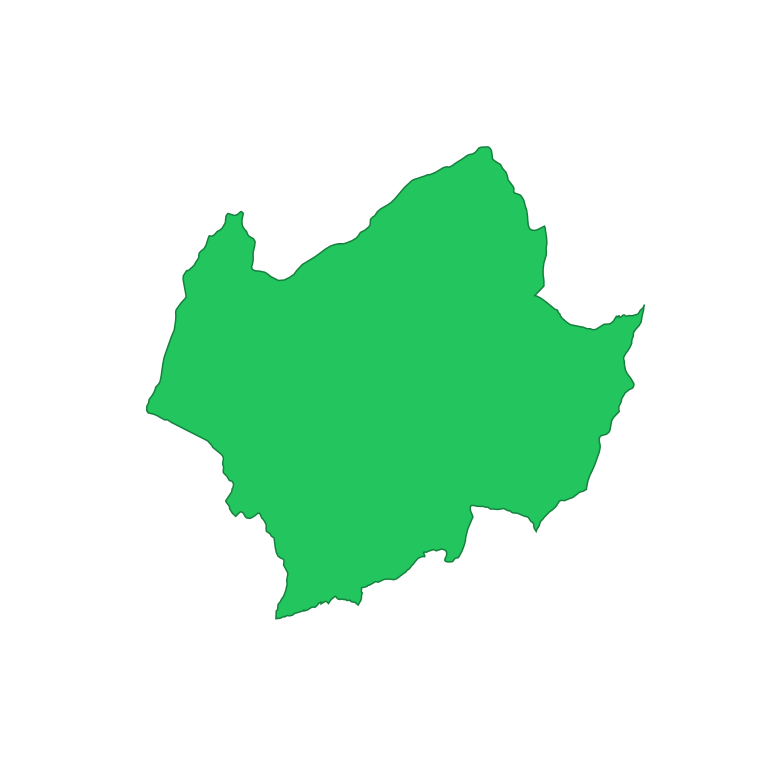 El Cocuy, Boyacá, Colombia, rotated 212°
{"feature_id": "7082276B29849615421719", "entity_name": "El Cocuy", "entity_type": "district", "adm_level": 2, "iso_a3": "COL", "parent_name": "Colombia", "parent_adm1": "Boyacá", "projection": "equal_earth", "projection_center": [-72.432, 6.355], "detail": "fine", "context": "isolated", "style": "filled", "palette": "green", "viewbox_px": 768, "rotation_deg": 212, "n_neighbors": 0, "source": "geoboundaries", "source_scale": "gbopen_adm2", "svg_char_len": 6171}
<svg xmlns="http://www.w3.org/2000/svg" viewBox="0 0 768 768"><g transform="rotate(212 384 384)"><path d="M428.5,634.6L429.3,628.9L430.6,626.2L433.4,623.6L434.7,621.5L437.2,615.5L440.0,609.9L442.1,604.8L443.1,603.2L444.2,602.1L445.8,601.5L448.2,599.1L452.7,590.4L455.8,586.1L458.1,584.3L459.3,582.5L466.8,573.4L468.0,571.6L470.7,562.0L472.9,546.9L474.2,541.5L475.9,537.6L479.5,531.0L480.9,526.7L481.0,521.8L482.0,519.8L482.7,516.5L480.0,511.3L480.1,509.5L481.6,504.5L484.3,500.0L484.3,496.0L484.9,492.9L487.1,488.5L490.8,483.5L492.7,481.4L496.8,478.9L499.4,476.4L502.3,472.9L503.5,470.6L504.9,467.9L509.8,455.5L516.6,442.0L518.1,434.1L518.5,429.1L520.7,424.1L523.8,419.2L528.5,415.8L537.2,415.1L540.6,415.6L544.3,415.6L550.0,413.5L552.2,412.2L554.1,411.6L556.1,411.4L558.5,413.1L558.8,414.9L559.8,417.8L560.6,419.7L564.6,426.0L567.0,432.9L568.8,436.5L571.7,438.0L576.8,437.8L578.4,438.3L581.6,440.6L584.7,441.4L587.6,443.0L588.8,444.1L590.9,447.0L591.9,449.1L593.5,453.7L594.6,454.5L596.4,454.6L596.9,454.0L598.1,450.1L599.4,448.3L600.3,447.6L605.9,446.2L606.7,445.9L606.9,445.4L607.0,443.2L606.8,442.2L604.0,436.6L603.8,430.5L604.8,427.2L605.7,426.1L606.4,424.3L606.7,421.9L607.6,419.1L608.5,418.0L610.7,417.1L610.5,415.2L608.5,407.3L608.4,405.5L608.4,403.3L609.7,399.6L610.1,397.2L609.8,396.2L608.1,392.8L608.1,386.0L607.9,384.0L609.9,377.0L610.2,376.4L611.5,375.6L611.5,369.4L609.6,366.0L599.1,354.5L597.9,352.8L598.0,351.0L599.1,345.0L599.6,336.8L598.7,334.4L596.9,332.0L594.4,327.5L590.7,319.1L590.3,317.5L589.2,310.6L585.1,292.3L584.1,288.8L582.2,283.9L577.2,272.7L575.2,267.3L575.1,264.7L575.9,260.4L575.0,257.3L574.7,254.8L574.5,251.7L575.0,246.4L573.6,243.2L573.4,239.9L573.0,238.7L571.0,235.6L570.3,235.5L569.1,234.6L568.5,234.6L563.4,236.3L560.2,236.9L551.3,237.3L550.0,237.9L549.1,238.9L543.3,238.8L504.1,242.3L503.0,242.2L497.8,240.7L495.5,239.5L485.0,238.2L482.0,237.1L481.5,236.7L480.6,235.5L478.5,230.7L476.0,228.6L474.2,224.9L473.1,223.6L468.0,222.4L464.2,220.3L463.0,220.4L461.9,221.1L458.8,219.8L457.2,216.5L457.3,215.0L456.0,211.6L456.3,201.0L454.6,199.9L451.1,198.7L450.0,197.9L448.9,196.4L444.0,194.0L439.6,193.2L439.1,195.9L438.1,199.5L436.4,200.1L435.1,200.0L430.8,197.8L429.5,197.7L426.9,198.7L426.3,199.2L424.9,201.3L423.4,204.5L422.7,207.2L421.9,208.1L420.5,208.2L416.3,205.4L415.0,205.3L412.5,204.2L409.6,202.4L408.9,201.7L407.5,199.1L405.7,196.8L401.0,196.5L399.1,195.3L396.0,195.2L395.2,194.6L388.9,187.0L386.1,184.1L382.6,181.8L379.6,181.6L376.9,182.1L375.7,181.7L374.6,180.2L373.3,177.3L365.8,173.0L364.5,171.1L362.6,166.2L360.1,162.9L358.0,157.2L357.1,153.2L356.7,150.2L356.9,147.6L356.6,144.2L357.1,141.1L354.6,136.1L355.2,134.6L351.3,127.7L348.4,129.9L346.9,131.8L345.9,133.7L344.8,133.8L344.2,135.1L343.2,136.5L341.3,137.2L338.9,139.8L338.6,141.2L338.1,142.1L333.2,147.7L332.2,149.8L331.6,149.1L329.2,151.8L326.8,156.7L324.1,158.2L323.4,160.6L323.1,163.6L321.9,165.7L320.9,164.1L318.5,168.8L316.3,168.9L314.8,168.4L314.6,173.1L313.0,178.0L311.7,178.0L309.7,177.3L308.7,177.3L306.6,178.3L306.1,179.2L303.5,180.0L302.3,181.0L301.3,180.7L300.6,180.9L297.9,182.7L297.3,182.2L296.0,182.1L292.8,183.5L288.8,182.8L289.0,188.6L290.0,191.1L291.1,192.8L291.6,195.3L292.7,195.6L293.4,196.2L295.0,199.5L292.3,201.9L291.1,203.4L291.1,204.5L289.7,205.8L286.5,211.9L283.7,213.0L281.1,217.4L279.5,219.1L276.3,221.3L271.9,223.3L270.1,225.4L267.1,233.4L265.9,236.1L265.6,238.4L264.6,240.6L264.2,244.7L263.7,246.8L263.4,250.4L262.7,254.2L260.8,257.2L259.7,258.2L258.0,259.1L258.3,259.8L261.1,262.0L261.1,262.6L258.7,264.0L257.3,266.2L254.2,269.9L251.3,270.2L247.7,274.6L245.3,275.3L243.8,275.4L242.2,274.8L241.0,273.6L240.0,271.2L239.6,267.8L238.8,266.5L237.5,266.3L235.5,266.9L232.1,269.3L231.6,270.4L231.5,272.7L231.1,274.1L228.9,276.2L229.2,282.9L230.2,288.3L231.8,293.9L233.6,297.7L236.1,305.4L238.2,318.5L243.5,322.4L244.9,324.2L245.6,325.6L245.8,327.0L243.5,328.6L240.8,329.4L236.5,331.7L235.5,332.7L233.9,332.9L230.1,334.7L227.9,334.3L227.1,334.5L225.6,335.6L220.8,338.0L216.4,341.9L211.9,342.2L210.5,342.8L210.0,343.4L208.6,342.9L206.8,342.9L202.4,345.1L194.4,346.4L192.2,347.3L190.8,347.3L187.1,345.5L183.7,345.1L182.3,343.9L181.2,342.3L179.9,341.1L176.8,339.6L177.3,341.4L177.3,346.0L177.9,348.0L178.3,350.8L177.7,353.4L177.4,356.3L175.8,363.5L174.5,366.5L173.3,371.0L173.2,377.3L172.4,379.0L169.0,380.8L165.3,386.1L164.4,386.8L163.2,389.1L160.9,395.7L158.1,398.9L156.5,401.9L157.7,404.4L159.8,410.0L161.0,415.7L161.6,421.5L162.5,427.3L165.4,440.4L166.8,444.1L168.0,446.3L171.9,450.4L172.8,452.7L172.7,454.9L171.0,456.9L169.7,458.1L168.3,460.2L167.7,462.7L167.9,464.6L171.4,473.4L171.6,474.8L171.5,477.8L169.9,485.4L171.0,486.3L172.8,489.2L173.4,494.6L174.7,497.6L174.6,500.6L174.8,504.0L173.1,509.1L171.2,512.0L171.0,513.8L171.7,516.0L172.6,516.9L178.0,519.7L183.4,521.7L186.8,524.0L190.0,527.4L192.2,530.5L193.8,532.0L194.8,533.4L195.2,536.9L194.8,542.0L194.9,545.6L195.3,548.8L195.6,549.9L197.1,552.5L198.0,556.8L199.2,558.9L199.7,560.6L199.5,563.7L198.6,568.9L198.8,572.8L201.2,578.5L203.0,584.1L204.7,587.6L205.1,589.5L204.7,585.7L205.7,582.3L205.6,578.5L206.2,577.2L209.8,573.3L212.1,572.1L214.2,570.1L215.2,569.7L216.7,569.9L217.3,569.6L217.9,568.8L218.6,566.4L219.1,565.6L220.9,566.4L221.2,566.0L221.2,564.5L221.6,564.3L222.4,564.8L222.8,564.5L222.8,559.0L223.7,555.7L224.9,554.2L229.0,551.3L233.2,542.8L234.3,541.6L236.2,540.5L238.2,540.2L239.6,539.5L240.7,538.6L245.1,537.7L257.3,533.1L261.6,533.2L267.9,534.2L270.3,535.2L272.0,536.5L274.0,537.0L276.1,538.6L276.8,538.2L279.3,538.0L289.6,539.4L296.3,539.9L301.0,539.5L303.0,538.8L300.3,551.8L302.9,556.0L307.2,561.4L310.0,565.8L312.6,571.5L314.7,579.1L316.2,582.0L318.5,585.1L320.2,589.1L321.2,590.8L324.0,594.6L330.5,602.2L331.6,602.9L335.7,596.0L337.6,594.1L340.5,592.7L342.7,592.9L344.4,593.9L347.0,596.3L347.0,596.9L348.1,598.0L351.8,603.1L355.6,607.5L358.1,609.4L362.6,613.7L365.1,615.2L367.5,616.2L369.1,616.4L375.0,615.1L376.1,616.2L377.3,618.4L378.5,619.6L387.1,623.0L389.5,625.7L392.8,628.2L397.8,629.7L401.6,631.9L407.3,631.8L411.0,632.2L416.4,638.7L418.7,640.0L421.1,640.3L421.9,639.9L427.0,636.4L428.5,634.6Z" fill="#22c55e" stroke="#15803d" stroke-width="1.5"/></g></svg>